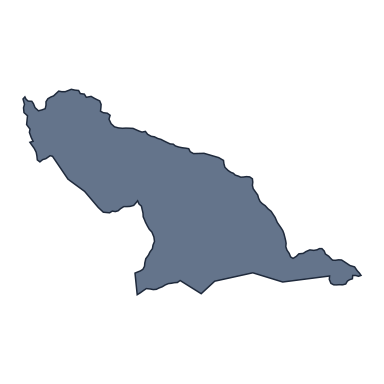 outline of Nazaré, Tocantins, Brazil
{"feature_id": "56859067B47209768197677", "entity_name": "Nazaré", "entity_type": "district", "adm_level": 2, "iso_a3": "BRA", "parent_name": "Brazil", "parent_adm1": "Tocantins", "projection": "natural_earth1", "projection_center": [-47.774, -6.322], "detail": "fine", "context": "isolated", "style": "filled", "palette": "slate", "viewbox_px": 384, "rotation_deg": 0, "n_neighbors": 0, "source": "geoboundaries", "source_scale": "gbopen_adm2", "svg_char_len": 2747}
<svg xmlns="http://www.w3.org/2000/svg" viewBox="0 0 384 384"><path d="M345.7,284.0L347.4,281.1L349.6,279.7L352.4,278.8L352.7,275.5L355.8,275.5L358.5,276.3L361.0,275.4L359.4,273.1L357.1,270.6L354.6,266.9L349.9,265.5L347.1,263.6L344.7,262.0L341.6,260.0L338.6,259.8L335.5,260.3L332.6,260.2L330.7,258.4L328.7,256.2L325.4,254.0L324.2,251.0L321.9,248.6L319.4,248.6L317.1,249.8L313.8,250.4L309.8,249.9L305.9,251.6L303.2,253.4L298.9,253.8L296.3,256.4L293.0,258.4L290.6,256.9L289.2,253.4L287.0,250.2L285.8,246.7L286.1,243.3L285.6,240.4L284.8,237.1L283.9,233.6L282.8,230.7L281.2,228.1L279.4,225.5L277.3,222.5L275.1,217.4L273.0,214.2L271.1,211.3L268.1,208.9L265.2,205.7L262.2,203.6L260.1,201.5L258.6,198.3L257.7,195.0L255.6,192.1L253.2,188.7L252.4,185.4L252.8,182.2L252.4,178.8L249.7,176.9L246.5,176.6L243.6,177.0L240.8,177.2L238.4,176.1L235.2,175.1L233.4,173.3L230.8,172.3L228.0,170.4L224.9,167.3L223.9,163.7L223.5,160.4L218.7,157.6L204.0,153.3L201.2,153.4L197.0,153.5L193.5,153.6L190.2,151.7L188.7,148.7L185.9,148.2L182.6,147.8L178.6,147.0L175.3,145.9L173.3,144.2L170.1,143.9L166.3,142.1L163.3,140.6L161.0,139.4L157.8,138.5L154.4,136.8L151.2,136.3L147.6,134.3L145.4,131.4L142.0,132.1L139.2,131.1L136.6,130.0L133.1,128.4L129.1,128.2L125.9,128.1L122.4,128.3L118.4,127.9L114.4,126.8L111.1,123.7L109.0,119.2L110.1,115.3L107.3,113.2L103.3,112.7L100.5,111.2L100.9,107.6L101.1,104.4L99.7,100.9L96.7,99.5L94.2,98.2L91.1,96.4L86.3,97.3L84.3,94.1L80.3,93.6L78.6,90.5L74.8,90.1L71.3,89.3L68.6,90.4L65.2,91.7L61.8,91.7L58.7,91.1L56.0,93.6L53.6,95.9L50.8,97.0L47.9,98.7L46.0,101.7L46.0,105.2L45.2,108.7L41.6,110.0L38.4,110.8L35.0,107.6L33.4,103.6L31.8,101.3L28.2,101.1L26.1,99.3L24.9,96.9L23.0,99.0L24.5,104.4L23.5,107.8L24.0,112.6L27.5,115.8L26.6,124.6L30.0,129.1L29.4,132.4L31.3,137.7L33.1,141.3L29.9,142.3L34.3,148.5L36.2,152.3L36.9,156.0L37.3,159.9L39.9,161.9L42.7,159.6L45.8,158.7L48.0,157.2L50.1,155.7L52.5,156.3L68.0,179.2L84.6,191.4L98.3,207.5L103.3,212.2L106.2,212.5L109.6,212.8L112.3,211.1L115.3,211.6L118.1,210.8L120.6,208.6L123.8,206.6L126.7,206.6L130.1,206.4L133.7,205.4L135.5,203.4L137.6,200.8L139.0,204.0L141.4,206.1L142.1,209.2L143.0,213.1L143.2,216.8L144.3,219.3L145.5,222.3L147.3,225.8L149.3,229.3L151.9,232.1L153.9,237.0L154.5,241.5L153.0,245.1L152.4,248.7L150.0,251.9L148.4,255.2L145.8,258.7L144.8,263.0L144.5,266.3L142.9,269.3L140.4,270.9L137.6,272.0L135.0,273.1L137.2,294.7L140.3,292.8L143.2,290.7L146.3,288.6L150.3,289.0L153.3,289.6L156.4,289.3L159.0,288.0L162.2,286.8L165.3,284.9L168.4,283.6L171.2,283.3L174.3,282.7L177.4,282.5L180.1,280.5L201.2,293.7L214.7,281.2L252.8,272.8L282.7,282.0L329.6,276.0L329.3,279.4L330.9,283.3L333.6,284.8L336.2,284.9L339.3,284.7L342.7,284.8L345.7,284.0Z" fill="#64748b" stroke="#1e293b" stroke-width="1.5"/></svg>